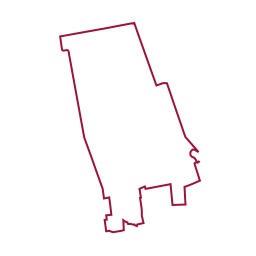 the district of Tia Mare, Olt, Romania, rotated 96°
{"feature_id": "2599482B77725047520626", "entity_name": "Tia Mare", "entity_type": "district", "adm_level": 2, "iso_a3": "ROU", "parent_name": "Romania", "parent_adm1": "Olt", "projection": "mercator", "projection_center": [24.632, 43.857], "detail": "fine", "context": "isolated", "style": "outline", "palette": "rose", "viewbox_px": 256, "rotation_deg": 96, "n_neighbors": 0, "source": "geoboundaries", "source_scale": "gbopen_adm2", "svg_char_len": 1681}
<svg xmlns="http://www.w3.org/2000/svg" viewBox="0 0 256 256"><g transform="rotate(96 128 128)"><path d="M233.0,138.8L232.6,137.5L232.2,136.2L233.2,132.1L231.3,125.1L230.1,121.5L226.8,122.0L220.2,123.0L221.3,121.2L221.9,118.7L223.2,118.3L223.5,117.9L223.1,115.6L223.3,114.4L223.5,113.1L223.3,111.6L223.8,111.5L224.6,108.9L223.0,108.7L220.9,102.6L213.8,105.1L208.3,105.7L204.8,106.5L196.2,108.7L195.9,107.9L188.8,109.8L187.3,110.2L184.4,105.1L186.7,104.2L179.4,79.8L193.4,77.0L199.9,75.7L198.1,62.8L196.3,63.1L192.9,63.7L180.6,65.6L180.0,64.2L177.8,59.8L173.2,51.6L172.9,51.0L169.4,52.5L161.6,55.9L156.6,58.1L156.1,58.1L155.7,57.8L155.5,57.1L154.9,56.5L155.2,55.1L154.8,54.4L154.1,54.0L154.0,54.4L154.4,54.8L154.6,55.4L154.5,56.1L154.1,56.3L152.7,57.1L151.1,58.5L150.4,59.7L150.2,60.9L148.9,62.7L147.9,63.2L146.0,63.4L144.5,63.0L142.7,61.5L142.6,59.6L144.6,55.3L130.8,70.1L117.0,76.5L101.4,83.8L79.5,93.9L79.4,94.0L79.5,96.1L79.5,96.5L79.8,97.8L80.1,98.7L81.0,100.6L82.7,104.2L32.2,128.4L22.8,132.8L22.9,133.0L23.3,133.0L23.6,133.2L23.7,133.4L23.7,133.8L23.7,134.0L23.6,134.3L23.6,134.5L23.4,134.8L24.0,136.8L27.7,149.2L27.8,149.6L30.0,156.7L32.1,163.8L36.8,180.2L43.6,203.6L43.9,204.6L44.0,204.7L44.2,204.8L44.2,205.0L47.1,204.3L56.2,202.0L56.9,201.8L57.2,201.6L57.5,201.3L57.7,201.1L57.8,200.4L57.7,199.9L57.5,199.2L57.0,197.2L56.9,196.8L56.9,196.4L57.1,195.8L57.4,195.5L57.8,195.2L98.2,183.4L110.8,179.7L138.1,171.7L142.5,170.3L164.0,159.8L164.3,159.7L174.6,154.8L190.9,146.9L200.6,144.5L199.7,141.6L199.0,139.4L205.4,137.9L207.4,137.4L216.1,135.5L217.1,140.5L221.4,139.6L221.9,141.6L228.8,139.9L232.9,139.0L233.0,138.8Z" fill="none" stroke="#9f1239" stroke-width="2"/></g></svg>